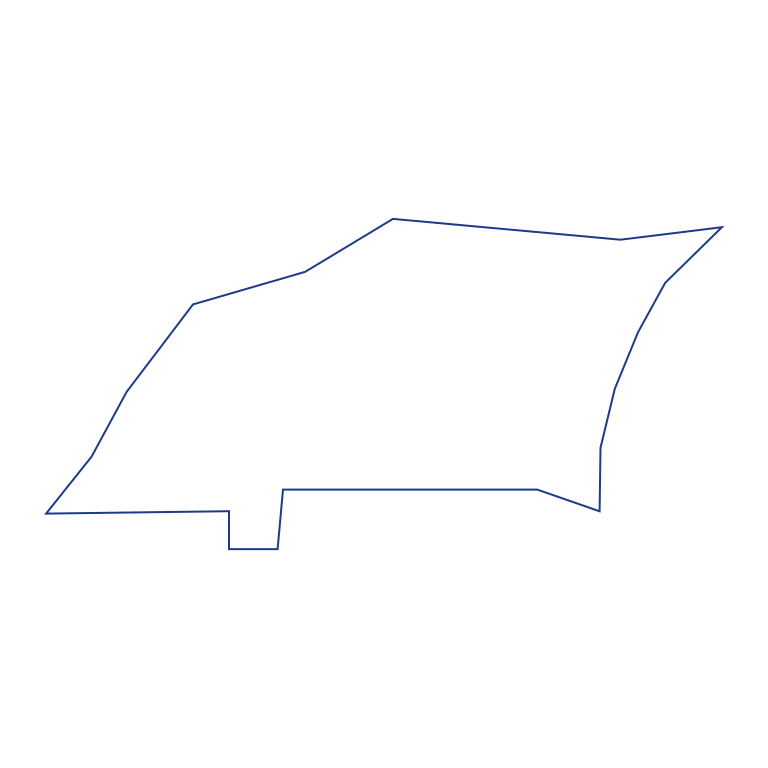 an SVG outline of Bududa
{"feature_id": "UGA-5626", "entity_name": "Bududa", "entity_type": "District", "adm_level": 1, "iso_a3": "UGA", "parent_name": "Uganda", "parent_adm1": "", "projection": "mercator", "projection_center": [34.397, 1.046], "detail": "fine", "context": "isolated", "style": "outline", "palette": "blue", "viewbox_px": 768, "rotation_deg": 0, "n_neighbors": 0, "source": "natural_earth", "source_scale": "10m", "svg_char_len": 353}
<svg xmlns="http://www.w3.org/2000/svg" viewBox="0 0 768 768"><path d="M721.9,227.2L665.2,282.8L638.0,332.3L614.8,388.8L600.5,447.8L599.6,511.3L537.2,489.6L283.0,489.6L277.6,549.1L229.0,549.1L229.0,511.2L46.1,513.6L91.6,456.6L126.6,391.9L193.0,304.4L305.2,271.8L392.9,218.9L620.3,239.7L721.9,227.2Z" fill="none" stroke="#1e3a8a" stroke-width="2"/></svg>